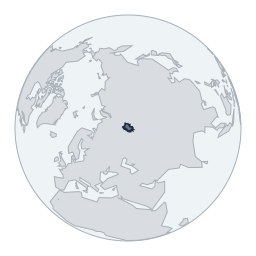 globe centered on Omsk, rotated 304°
{"feature_id": "RUS-2397", "entity_name": "Omsk", "entity_type": "Region", "adm_level": 1, "iso_a3": "RUS", "parent_name": "Russia", "parent_adm1": "", "projection": "orthographic", "projection_center": [72.959, 56.006], "detail": "medium", "context": "on_globe", "style": "filled", "palette": "slate", "viewbox_px": 256, "rotation_deg": 304, "n_neighbors": 0, "source": "natural_earth", "source_scale": "10m", "svg_char_len": 12140}
<svg xmlns="http://www.w3.org/2000/svg" viewBox="0 0 256 256"><g transform="rotate(304 128 128)"><circle cx="128" cy="128" r="113" fill="#eef3f6" stroke="#a8b0b8"/><path d="M146.2,16.8L149.8,17.5L153.6,19.3L150.8,21.7L148.6,20.6L148.1,21.5L150.9,23.1L152.8,23.9L155.0,30.6L163.3,38.2L168.6,39.9L165.3,40.3L177.2,43.2L183.4,47.8L174.7,43.1L172.5,43.1L175.9,46.3L174.4,47.0L175.2,49.0L173.1,49.6L168.1,47.1L166.7,47.5L169.2,49.8L168.6,52.0L165.2,48.5L163.9,52.1L155.4,49.0L147.9,40.0L141.5,39.5L129.4,34.0L128.8,35.4L123.8,34.4L121.3,35.7L119.8,34.5L119.1,36.6L121.0,37.5L121.3,38.8L120.0,39.7L117.8,38.3L118.1,37.6L116.8,37.6L116.3,36.6L115.8,37.6L113.3,35.9L113.8,39.0L110.2,38.8L109.0,37.2L111.7,35.6L115.9,28.7L115.6,27.0L112.4,26.1L101.0,27.9L99.6,26.9L95.8,26.8L95.4,28.1L98.2,28.6L96.5,31.1L100.1,31.6L100.0,32.8L102.7,34.3L99.5,36.0L94.9,37.0L92.4,36.0L90.3,36.4L90.4,39.2L83.7,39.1L75.4,42.6L74.0,42.5L75.3,38.9L81.1,34.3L82.8,30.3L78.8,35.0L75.3,34.9L73.5,35.9L72.1,37.2L72.3,38.1L70.5,38.6L73.7,34.1L75.4,33.5L74.3,34.9L77.0,32.8L79.2,30.1L77.2,30.5L82.6,26.5L81.2,26.8L81.7,26.2L83.4,26.0L80.4,26.5L86.3,23.4L86.2,23.4L94.4,20.5L102.8,18.2L111.4,16.6L120.1,15.6L128.8,15.4L137.5,15.8L146.2,16.8ZM153.9,24.2L151.1,23.0L149.2,21.5L151.7,22.3L153.9,24.2ZM157.3,27.7L155.6,27.2L156.2,26.0L157.0,26.6L157.3,27.7ZM172.8,41.1L170.8,39.5L173.2,40.8L172.8,41.1ZM175.7,49.2L176.7,49.5L176.7,50.4L175.7,49.2ZM104.3,33.2L103.5,33.7L103.4,33.2L104.3,33.2ZM106.2,33.4L106.6,32.5L107.6,32.4L107.3,33.0L106.2,33.4ZM173.4,52.3L173.0,53.9L172.5,51.8L173.4,52.3ZM105.4,34.7L109.3,32.5L111.0,32.5L111.3,34.8L105.4,34.7ZM172.2,54.5L171.3,58.5L173.5,59.4L166.7,59.4L169.7,55.9L168.8,53.1L170.6,54.6L172.2,54.5ZM122.1,37.4L120.1,36.5L123.0,36.5L122.1,37.4ZM123.9,37.1L132.5,35.4L134.9,37.3L131.5,37.4L135.6,39.4L132.6,41.1L129.7,40.5L128.7,38.8L128.3,40.8L123.9,37.1ZM163.0,58.9L162.0,59.5L162.1,58.4L163.0,58.9ZM121.6,39.3L123.2,38.7L125.4,40.3L122.7,41.8L122.9,40.8L121.6,39.3ZM138.2,39.1L139.3,40.7L137.2,42.4L137.4,43.3L132.7,41.3L138.2,39.1ZM121.7,40.9L121.3,42.5L119.1,42.6L120.3,40.0L121.7,40.9ZM127.0,40.2L127.9,41.0L126.6,41.0L127.0,40.2ZM111.0,44.1L112.7,43.3L114.0,44.0L111.0,44.1ZM121.3,43.1L122.1,43.1L122.8,43.3L122.1,44.4L121.3,43.1ZM131.5,42.8L130.4,43.3L133.3,43.7L131.8,45.2L129.0,43.6L129.6,44.9L129.1,45.4L127.3,43.6L131.5,42.8ZM123.5,46.2L119.4,44.9L115.9,46.2L114.6,45.6L120.6,43.6L123.5,46.2ZM125.9,44.8L124.2,45.5L123.5,44.3L124.3,43.1L125.9,44.8ZM131.8,46.8L134.9,44.9L135.4,45.3L131.8,46.8ZM122.6,46.8L123.6,47.1L122.4,47.0L122.6,46.8ZM129.1,47.0L130.1,46.3L130.7,46.7L129.1,47.0ZM124.8,48.4L123.5,47.9L124.0,47.1L124.8,48.4ZM126.9,47.9L127.4,48.8L125.0,47.0L127.3,47.5L126.9,47.9ZM129.5,47.6L130.2,47.6L129.0,47.8L129.5,47.6ZM123.7,52.0L120.5,50.0L121.6,48.0L124.5,50.2L123.7,52.0ZM34.6,190.9L33.3,189.0L33.3,187.7L31.8,183.9L26.6,169.9L27.6,166.7L26.7,162.9L24.6,159.6L23.7,154.9L22.6,152.5L17.1,137.9L16.7,129.1L19.1,111.1L21.0,109.8L23.5,104.6L38.3,105.8L39.0,111.3L47.9,123.0L48.6,125.4L44.9,128.7L49.4,143.8L54.0,142.8L60.8,153.3L67.0,157.7L73.9,150.4L63.8,143.1L64.6,137.3L74.8,139.4L84.1,145.9L84.7,143.9L81.1,136.3L85.4,134.4L80.1,133.4L80.6,136.3L77.2,135.8L76.6,133.1L78.1,132.5L76.0,129.8L69.1,133.8L68.8,137.2L61.8,132.8L60.8,138.1L58.1,138.5L58.8,129.7L60.5,127.6L60.0,115.7L57.7,117.3L57.9,128.8L56.9,126.8L53.7,129.5L55.2,125.8L55.6,113.2L50.8,108.5L40.7,109.6L38.7,106.3L38.8,100.8L46.4,94.1L50.0,102.4L52.7,100.4L55.4,94.0L56.3,97.1L57.8,95.6L59.5,98.5L65.2,98.4L67.4,101.0L72.8,97.0L74.7,97.9L71.0,99.9L69.5,102.8L75.5,109.2L77.5,109.3L80.6,106.3L81.8,108.6L84.0,104.9L89.0,107.1L84.8,101.4L88.3,98.1L93.0,97.4L93.4,95.3L85.7,96.5L83.3,97.9L82.5,100.7L75.3,104.0L72.5,102.7L77.2,95.6L73.8,93.0L78.9,88.9L96.6,87.9L102.4,89.8L105.2,100.2L102.0,101.7L99.4,98.7L98.9,104.8L100.3,102.7L101.4,104.7L104.9,102.3L105.8,103.6L107.7,99.1L109.2,100.4L108.0,103.2L114.6,101.1L118.6,103.2L119.7,102.1L119.7,100.3L124.7,104.3L125.3,103.3L123.8,101.6L124.0,98.6L126.3,95.0L127.9,96.5L127.3,98.1L128.5,103.8L126.7,107.8L127.6,108.1L129.6,105.0L128.1,98.0L129.0,95.4L130.2,98.5L129.8,97.2L130.8,96.4L133.2,97.1L132.2,93.6L140.5,83.5L146.1,84.1L146.2,87.9L153.8,83.1L159.5,84.7L158.2,83.0L160.9,79.9L159.1,79.4L158.7,78.4L164.8,70.6L167.5,70.2L168.7,65.4L168.0,64.6L166.0,64.6L166.7,59.4L173.5,59.4L174.8,61.1L178.3,60.1L180.5,64.3L184.1,67.5L184.5,73.1L187.3,75.3L188.3,74.6L192.8,77.3L198.5,85.4L189.3,81.6L179.9,71.0L183.3,75.4L181.2,75.3L181.5,77.5L184.1,80.7L185.2,80.5L182.2,91.0L185.5,101.8L188.6,98.3L192.1,99.2L198.7,109.5L198.6,129.3L203.2,131.6L204.5,134.4L202.7,138.2L200.8,134.2L197.6,134.6L196.8,131.9L193.2,137.0L191.9,133.3L189.8,139.3L192.3,141.3L195.9,137.9L194.7,145.0L200.3,147.1L202.6,152.5L198.7,166.7L192.3,173.7L192.3,175.6L188.9,175.3L185.6,180.5L193.0,186.5L193.2,189.0L187.3,196.7L187.0,195.1L178.0,194.2L177.2,200.5L184.1,202.4L186.5,206.4L181.6,207.0L179.0,203.5L175.8,203.1L176.1,197.9L172.2,191.1L167.2,194.3L167.0,190.9L160.9,185.3L153.4,189.2L141.9,199.8L141.3,207.9L136.9,211.5L129.1,200.4L127.4,192.0L123.4,192.7L116.3,184.7L100.8,181.7L99.6,179.0L96.4,179.3L91.6,175.4L90.2,170.8L86.8,169.9L90.9,181.9L94.6,182.9L99.2,180.2L99.5,184.0L104.3,188.2L95.3,194.3L73.9,193.6L73.6,187.0L66.4,163.0L67.6,161.3L67.6,161.0L67.6,160.5L65.2,163.0L64.5,158.2L66.5,174.4L66.0,180.0L73.6,193.8L72.5,194.2L75.4,197.4L87.0,199.7L86.7,201.5L80.1,207.6L65.6,210.5L68.6,217.2L69.3,220.8L62.5,218.4L65.4,221.4L62.3,219.4L63.0,220.0L56.5,215.0L50.4,209.6L44.6,203.8L39.4,197.5L34.6,190.9ZM30.4,109.5L29.3,110.8L30.4,109.5ZM92.0,157.3L98.7,160.2L98.8,153.1L101.4,153.7L100.5,151.2L98.8,152.6L97.0,145.7L101.0,145.1L101.8,142.1L99.5,141.0L92.5,143.4L95.0,153.1L92.2,154.9L92.0,157.3ZM75.1,35.2L74.8,35.6L73.1,36.9L73.5,36.2L75.1,35.2ZM68.2,43.8L65.5,44.5L67.7,43.4L67.6,42.4L72.2,39.1L73.5,42.3L72.1,41.4L68.2,43.8ZM78.7,35.8L75.6,37.3L78.9,35.5L78.7,35.8ZM64.5,85.1L64.0,87.4L61.7,88.3L58.9,85.6L62.1,84.2L64.5,85.1ZM63.8,90.4L69.2,84.4L71.1,86.0L69.1,86.1L69.9,87.8L66.8,88.4L63.4,96.0L61.2,97.4L57.2,91.3L59.7,92.5L60.1,90.1L63.8,90.4ZM79.5,67.9L81.9,65.8L83.0,71.9L80.7,73.2L77.8,70.5L78.8,67.3L79.5,67.9ZM105.2,39.4L106.0,38.5L106.7,38.9L106.4,39.9L105.2,39.4ZM111.7,43.7L102.2,43.7L102.7,42.7L96.6,44.2L95.5,42.1L99.4,41.1L94.0,40.8L97.1,39.1L93.3,39.2L102.3,37.3L104.9,35.9L102.5,38.2L103.4,40.1L104.6,40.6L110.0,40.8L116.1,38.9L118.0,40.8L117.8,42.5L116.6,43.2L115.7,41.8L114.8,43.8L112.6,42.3L111.7,43.7ZM113.8,64.7L113.2,62.4L111.0,66.9L108.8,65.1L108.7,65.8L106.1,65.4L102.6,66.1L102.0,65.0L101.0,65.8L99.2,65.6L97.5,66.3L95.9,64.6L93.7,65.4L94.1,64.2L90.8,66.0L92.5,63.9L90.4,63.6L89.9,65.8L84.9,55.7L81.5,53.4L77.7,52.8L81.1,49.4L86.8,48.0L93.1,48.2L95.9,51.0L96.9,49.1L98.6,49.9L97.1,51.1L100.4,49.8L101.3,50.8L106.9,51.5L111.1,49.3L113.2,49.6L112.1,51.0L115.0,50.3L114.3,53.2L115.8,53.5L116.6,56.8L113.5,59.4L115.4,59.6L116.1,62.2L113.8,64.7ZM123.8,53.0L120.5,56.4L117.7,57.1L117.5,51.1L116.2,50.5L116.0,46.9L120.1,45.9L119.7,47.0L120.4,47.9L118.9,47.8L120.6,48.5L120.2,50.1L121.4,51.1L120.1,51.9L123.8,53.0ZM51.0,125.4L51.8,126.8L53.4,128.5L51.4,130.3L51.0,125.4ZM51.0,116.8L52.0,117.6L50.0,120.8L49.2,119.4L51.0,116.8ZM54.2,115.4L52.2,117.4L52.8,115.5L54.2,115.4ZM72.0,100.5L73.3,101.3L72.8,102.2L71.3,102.7L72.0,100.5ZM106.7,78.6L106.9,77.0L107.6,76.9L110.1,73.8L111.9,75.0L111.1,77.3L106.7,78.6ZM71.2,150.7L68.4,151.2L67.9,149.7L69.0,149.8L71.2,150.7ZM58.7,140.7L60.7,144.2L58.1,141.2L58.7,140.7ZM109.1,79.4L109.9,78.0L110.3,79.5L109.1,79.4ZM113.3,75.7L114.1,77.3L112.4,74.8L113.3,75.7ZM86.4,227.8L83.4,230.8L78.6,228.7L76.3,226.8L76.4,224.4L81.5,225.6L83.6,224.7L86.4,227.8ZM207.9,202.4L210.2,200.7L210.1,201.0L207.9,202.4ZM205.6,203.6L208.3,201.5L205.0,204.5L205.6,203.6ZM209.4,200.6L212.1,197.8L213.4,196.4L213.1,197.1L209.4,200.6ZM203.6,205.0L192.5,212.0L187.9,213.8L189.2,212.3L196.6,208.4L203.6,205.0ZM188.8,212.5L181.6,213.1L170.6,208.0L174.6,206.8L185.8,208.0L185.1,209.3L189.5,209.4L188.8,212.5ZM205.7,197.2L204.9,200.3L198.9,204.2L196.1,205.4L194.2,203.1L195.3,200.6L197.6,199.3L205.9,186.9L209.0,186.4L206.6,191.1L209.1,191.8L205.7,197.2ZM141.9,208.6L144.9,212.6L142.4,213.6L141.9,208.6ZM208.6,179.4L205.7,185.1L208.2,178.5L208.6,179.4ZM209.7,173.9L210.2,175.4L208.6,174.8L209.7,173.9ZM192.8,178.1L190.3,179.9L190.0,178.7L192.9,175.7L192.8,178.1ZM204.3,157.0L205.4,161.0L205.4,162.6L203.7,161.1L204.3,157.0ZM125.8,89.0L120.4,91.8L117.7,94.9L118.1,98.3L115.3,94.9L119.4,90.1L125.8,89.0ZM138.5,83.9L138.1,81.2L139.8,81.7L140.1,82.4L138.5,83.9ZM137.2,82.8L133.9,80.8L134.7,78.8L137.1,80.8L137.2,82.8ZM121.3,79.9L119.6,80.6L119.3,79.3L121.3,79.9ZM193.5,219.7L194.6,218.8L196.0,217.4L206.7,208.2L214.9,198.3L218.9,193.8L223.1,186.8L226.7,181.7L224.5,185.9L225.7,184.1L221.4,190.9L216.7,197.5L211.5,203.6L205.9,209.4L199.9,214.7L193.5,219.7ZM229.8,176.3L231.7,171.7L231.6,172.3L229.8,176.3ZM213.5,197.7L217.0,192.8L218.6,191.0L213.5,197.7ZM235.0,163.1L234.0,165.3L232.2,170.2L228.7,176.8L229.8,174.1L229.6,173.3L225.3,179.1L224.5,179.1L226.2,176.0L223.1,179.1L226.5,174.1L227.7,174.7L229.6,170.1L232.4,165.7L234.7,161.6L236.0,159.2L235.5,160.9L236.1,159.8L235.0,163.1ZM226.1,179.5L226.7,178.7L226.0,180.2L226.1,179.5ZM239.0,147.4L239.0,147.1L239.0,147.4ZM236.4,157.8L238.1,151.0L238.4,149.9L237.2,155.4L236.4,157.8ZM237.9,150.9L238.5,148.9L238.5,149.6L237.9,150.9ZM219.0,186.2L218.8,187.0L217.9,187.6L219.0,186.2ZM220.4,184.4L223.2,181.8L220.0,185.3L220.4,184.4ZM210.7,191.2L211.7,192.0L214.8,188.2L212.4,191.9L214.3,192.7L213.5,194.3L211.6,193.3L210.6,196.9L209.2,198.0L208.7,196.1L210.2,191.7L211.6,189.1L217.1,183.6L210.7,191.2ZM220.4,182.4L219.6,181.2L220.2,179.2L221.1,179.3L220.4,182.4ZM216.9,178.5L214.3,178.1L212.3,180.9L216.0,173.4L217.9,175.1L216.9,178.5ZM214.2,174.6L212.3,177.3L214.0,173.2L214.2,174.6ZM211.7,176.8L211.1,175.1L212.7,174.0L211.7,176.8ZM215.2,173.7L215.0,170.1L216.1,171.3L215.2,173.7ZM209.5,171.3L213.6,171.6L208.8,174.0L207.1,167.5L209.0,165.8L209.5,171.3ZM210.1,133.2L208.8,131.5L210.1,129.3L210.6,131.1L210.1,133.2ZM213.0,121.2L210.0,128.2L207.3,133.9L208.9,133.8L209.6,138.3L206.5,136.6L207.2,129.9L209.5,126.2L208.4,122.7L209.1,118.3L206.7,114.9L206.6,112.2L209.5,114.2L213.0,121.2ZM205.6,113.5L201.6,106.5L204.7,104.2L206.3,105.2L206.8,109.3L205.1,110.3L205.6,113.5ZM201.6,104.1L200.0,105.0L190.7,97.8L189.5,95.7L198.2,99.7L197.1,100.9L198.8,103.1L201.6,104.1ZM163.1,60.2L162.1,59.6L163.4,59.5L163.1,60.2ZM157.7,78.1L157.3,76.8L158.7,76.6L157.7,78.1ZM156.9,73.0L155.6,74.0L156.3,72.2L156.9,73.0ZM152.7,76.6L154.7,74.2L153.8,77.5L152.7,76.6Z" fill="#d9dde1" stroke="#a8b0b8" stroke-width="1"/><path d="M126.1,130.6L125.8,130.4L125.7,130.2L125.8,129.8L125.6,129.5L125.6,129.4L125.2,129.4L125.2,129.1L125.5,128.9L125.3,128.6L125.4,128.4L125.6,128.3L125.3,128.2L125.6,128.2L125.8,127.7L125.7,127.7L125.6,127.4L125.8,127.3L125.8,127.2L125.6,127.1L125.9,126.9L126.0,126.7L125.9,126.6L126.3,126.7L126.6,126.4L126.6,126.1L126.2,125.6L126.0,125.4L125.7,125.4L125.7,125.6L125.4,125.4L125.3,125.2L125.6,124.9L125.5,124.6L125.4,124.5L125.3,124.2L125.9,123.0L126.1,123.0L126.3,123.3L126.2,123.4L126.2,123.9L127.0,123.8L127.2,124.0L127.9,124.1L128.1,123.8L129.3,123.8L130.2,122.9L130.4,123.1L130.2,123.4L130.3,123.6L130.2,123.8L130.7,124.2L130.8,124.7L131.3,125.5L131.6,126.5L131.1,127.0L131.5,127.1L131.4,127.1L131.4,127.3L131.7,127.6L131.1,127.7L130.6,128.2L130.6,128.4L130.4,128.5L130.5,128.6L130.4,128.8L130.6,128.9L130.4,129.2L130.6,129.4L130.6,129.7L130.7,129.9L130.7,130.1L130.9,130.1L131.0,130.3L131.3,130.7L131.1,130.8L131.1,131.7L130.8,131.8L130.4,132.3L130.1,132.2L129.9,132.5L129.7,132.5L129.7,133.0L129.5,132.7L129.3,132.8L129.3,132.7L129.1,132.6L128.8,132.7L128.5,133.1L128.5,132.9L128.3,132.8L128.3,132.6L128.6,132.3L128.5,132.2L128.8,132.2L128.9,131.8L128.7,131.8L128.6,132.0L128.1,132.0L128.0,131.7L127.6,131.7L127.5,131.8L127.7,132.0L127.3,132.1L127.4,131.9L127.5,131.7L127.2,131.6L127.3,131.4L127.0,131.2L127.0,131.3L127.0,131.5L126.9,131.5L126.6,131.4L126.5,131.7L126.3,131.7L126.1,131.5L125.9,131.7L125.7,131.3L126.0,131.3L125.9,130.8L126.1,130.6ZM125.6,127.9L125.6,128.0L125.6,127.9Z" fill="#64748b" stroke="#1e293b" stroke-width="1.5"/></g></svg>